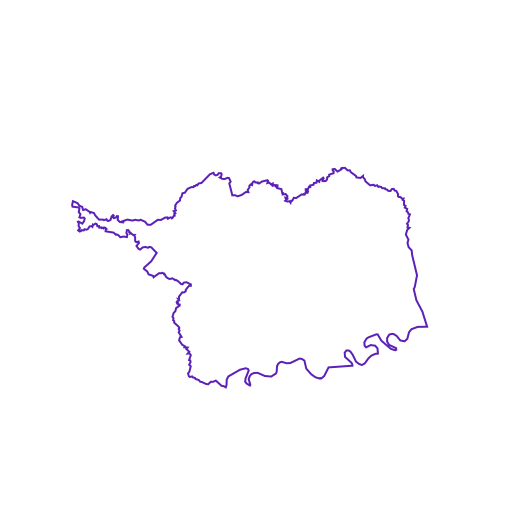 the district of Zarzal, Valle del Cauca, Colombia, rotated 217°
{"feature_id": "7082276B55716898367144", "entity_name": "Zarzal", "entity_type": "district", "adm_level": 2, "iso_a3": "COL", "parent_name": "Colombia", "parent_adm1": "Valle del Cauca", "projection": "orthographic", "projection_center": [-75.989, 4.355], "detail": "fine", "context": "isolated", "style": "outline", "palette": "violet", "viewbox_px": 512, "rotation_deg": 217, "n_neighbors": 0, "source": "geoboundaries", "source_scale": "gbopen_adm2", "svg_char_len": 6149}
<svg xmlns="http://www.w3.org/2000/svg" viewBox="0 0 512 512"><g transform="rotate(217 256 256)"><path d="M413.4,169.4L411.6,169.5L411.8,170.4L410.8,170.7L410.9,171.6L408.9,172.8L409.1,174.1L407.1,175.1L406.5,176.4L406.7,179.5L405.3,180.8L404.2,180.8L405.2,182.9L404.5,183.0L403.6,185.4L402.3,185.6L400.6,184.3L399.4,185.4L398.2,184.3L397.1,185.6L396.1,185.3L395.4,186.4L394.4,186.3L394.4,187.4L393.2,187.8L391.8,187.6L392.1,187.1L391.0,185.2L383.8,189.0L380.6,188.7L380.3,189.4L378.3,189.8L375.7,189.3L373.4,191.9L370.5,193.4L371.6,195.7L373.2,196.2L374.7,198.9L373.7,199.8L371.7,199.3L371.4,198.6L370.3,199.0L370.0,198.3L369.6,198.9L367.1,198.8L365.6,199.8L365.6,199.1L363.7,198.1L361.5,195.2L359.9,195.0L358.5,196.9L357.3,196.0L357.5,192.1L354.1,191.0L352.4,191.4L351.7,194.6L349.7,196.7L347.2,197.6L346.7,199.1L344.8,199.9L337.2,198.7L336.5,188.8L338.3,179.6L337.9,178.3L333.6,178.2L330.7,176.7L326.2,178.2L325.0,177.4L323.0,184.0L321.3,185.1L321.0,186.0L318.8,186.7L318.3,186.0L317.5,186.4L315.4,185.2L313.2,185.2L311.2,185.6L309.2,187.9L306.1,188.0L305.7,188.7L302.9,189.0L298.9,188.5L297.6,189.2L297.7,191.1L295.8,193.2L290.9,194.1L290.1,192.9L291.5,191.9L291.7,190.0L291.7,186.6L290.9,185.5L291.7,183.4L293.0,182.7L293.1,177.3L291.5,175.1L292.2,174.8L290.7,174.3L291.7,172.2L290.7,171.8L291.1,171.0L290.4,170.7L290.2,171.5L289.0,170.5L287.7,171.3L287.1,170.4L288.5,166.4L287.2,163.4L287.5,161.0L286.1,157.2L284.4,156.6L283.6,154.9L282.2,154.8L281.1,153.5L275.2,153.0L273.9,152.4L273.8,151.1L272.2,150.5L271.8,148.5L266.8,146.6L267.8,145.3L266.7,142.4L261.5,140.7L258.4,141.1L258.2,140.0L255.5,141.7L255.6,139.8L251.7,139.4L251.8,137.0L250.5,138.2L248.4,137.6L246.8,132.6L245.6,133.0L244.5,132.0L243.9,128.9L241.8,128.7L239.6,123.6L239.6,121.3L237.3,119.6L236.2,119.5L234.5,121.4L233.5,121.0L231.5,121.9L230.3,121.4L227.1,122.5L224.9,122.0L223.4,122.8L219.3,123.6L217.0,124.7L216.4,128.4L214.7,129.5L213.1,132.3L205.3,131.6L203.6,132.6L201.1,132.9L201.9,135.2L205.0,139.7L205.6,143.2L200.3,155.6L196.6,160.2L194.2,160.9L192.9,160.1L190.6,151.8L188.9,149.0L186.6,148.5L182.9,148.9L183.2,149.9L187.6,153.1L188.7,156.1L188.6,158.9L187.0,161.6L184.3,163.7L176.7,165.5L171.3,168.9L169.3,174.3L170.0,176.3L172.9,180.7L173.4,183.3L172.9,185.4L171.9,186.9L167.0,188.8L164.2,191.1L159.5,200.3L157.4,201.4L154.4,201.6L148.1,196.3L140.8,194.8L135.6,194.9L131.2,196.5L131.3,197.2L130.1,197.6L129.3,201.3L131.0,210.7L113.0,226.4L114.1,227.6L115.7,228.2L124.2,229.0L127.0,232.2L126.9,235.0L125.3,236.2L123.2,236.5L119.5,235.4L112.5,231.8L108.9,231.8L105.9,232.6L104.5,235.6L104.6,242.2L103.9,245.9L101.7,249.8L99.9,251.4L103.3,255.3L106.8,256.1L110.8,253.9L113.1,249.3L115.1,249.6L117.5,252.2L118.0,256.6L117.2,258.8L112.7,265.9L111.6,266.6L104.9,263.8L92.5,263.0L88.2,264.4L87.6,265.5L88.6,266.7L96.2,265.1L99.8,266.6L101.9,269.4L102.3,273.4L100.5,275.7L99.1,276.5L95.5,276.8L90.0,275.4L86.0,277.3L85.3,280.9L87.9,287.2L87.8,291.1L84.2,296.7L76.8,302.5L89.6,311.7L101.3,317.2L110.1,324.5L110.6,326.9L115.8,337.5L131.6,350.5L135.1,354.2L139.4,354.9L142.8,357.5L144.1,360.8L149.2,363.3L150.9,367.7L150.4,370.8L152.2,370.0L153.3,372.3L154.8,372.6L154.8,375.1L155.5,376.8L157.1,377.9L158.1,381.9L159.7,381.4L161.1,382.4L162.7,382.4L163.6,384.6L166.3,384.2L166.7,386.0L168.6,385.9L170.9,389.2L172.6,389.1L172.8,390.6L173.9,389.7L176.1,390.0L177.7,389.0L178.9,389.4L179.6,390.8L183.1,392.4L184.8,391.7L186.4,392.5L187.8,391.3L187.7,388.9L189.6,387.6L191.4,387.9L192.9,387.2L193.6,387.7L196.2,386.1L197.5,386.5L199.2,385.8L199.8,384.8L201.8,385.4L203.2,383.5L204.9,383.7L207.4,381.1L213.5,381.5L215.6,382.9L218.0,383.3L218.7,384.3L219.5,381.2L223.1,379.2L224.4,380.1L230.7,380.0L232.7,380.9L234.3,379.5L238.0,379.9L240.4,378.0L240.7,377.2L239.9,376.7L241.7,372.5L245.5,372.9L247.0,371.4L246.3,370.5L244.8,370.3L243.9,368.8L246.5,365.0L245.6,363.8L246.5,361.7L245.3,359.8L245.5,357.8L247.9,355.9L248.6,356.9L248.7,358.7L249.5,359.0L250.8,354.3L250.2,353.3L252.9,353.0L251.8,350.9L253.7,349.1L252.9,347.6L255.2,344.9L254.2,343.7L255.4,343.1L254.7,340.9L256.5,339.2L255.6,338.2L255.0,339.1L253.8,339.1L254.2,337.5L253.1,338.2L252.9,337.5L254.3,336.1L254.1,334.3L255.3,334.0L255.3,333.3L256.6,332.7L258.8,326.4L260.8,325.3L260.3,321.9L261.2,321.3L260.4,319.3L262.2,319.9L263.7,318.4L265.9,317.7L265.4,320.2L266.7,319.7L267.7,320.3L266.1,321.2L266.9,322.7L269.7,323.3L271.6,321.3L272.2,322.4L272.7,321.9L276.0,324.7L279.8,323.0L281.4,325.4L282.6,324.7L281.8,323.4L284.2,323.7L284.8,322.1L285.5,322.1L286.3,323.9L287.3,322.2L289.7,322.6L290.8,321.1L291.7,323.3L292.5,323.4L296.1,319.0L297.2,315.7L298.4,315.2L298.9,315.8L300.8,314.3L302.2,314.7L302.9,313.7L302.8,311.0L302.2,311.1L301.8,310.2L303.4,309.8L303.5,307.9L302.5,306.9L302.4,303.7L300.5,302.4L302.6,301.0L304.1,296.3L306.5,292.7L309.4,291.9L311.4,290.2L321.0,297.9L321.0,300.1L324.4,302.0L325.9,301.2L327.5,298.4L329.5,297.3L332.2,296.9L331.7,298.4L332.7,300.7L333.7,301.1L335.6,299.7L335.5,297.8L336.6,296.2L338.4,295.9L340.0,296.9L342.0,293.5L343.5,281.5L345.5,279.3L345.4,277.2L346.5,276.8L346.5,275.5L347.6,274.6L347.3,273.4L349.0,272.2L351.1,268.4L350.9,263.8L352.5,261.8L351.1,258.4L351.4,256.7L350.1,254.6L351.2,250.8L350.9,247.5L350.0,247.1L349.4,245.3L347.4,244.2L348.7,242.3L346.1,241.6L346.6,240.3L345.2,239.3L345.8,238.4L345.6,236.0L345.8,235.5L346.5,235.9L347.6,235.3L348.8,232.7L349.7,233.0L349.3,234.1L351.7,232.0L353.6,227.6L356.2,225.8L358.9,217.5L361.5,215.7L365.2,216.6L370.0,215.5L370.9,213.9L374.4,212.1L375.9,210.0L380.7,207.6L382.9,204.4L382.5,203.9L383.6,203.1L382.8,202.6L385.2,201.2L388.2,201.6L390.1,204.7L391.1,204.2L391.0,202.5L392.4,200.6L393.5,200.9L394.0,202.7L394.8,202.7L395.1,200.7L393.9,197.2L394.8,195.4L395.7,194.7L397.5,195.4L399.0,193.1L400.1,193.0L403.2,190.6L409.0,191.7L411.2,192.8L414.3,191.7L414.4,190.6L415.4,191.1L420.1,190.9L421.7,188.7L424.4,190.6L427.2,189.9L430.4,190.8L435.2,189.6L433.5,186.0L432.2,185.0L426.9,188.0L425.7,187.8L423.9,184.3L421.4,183.8L420.3,180.6L419.0,180.9L416.6,183.1L415.4,182.9L414.3,180.4L414.2,177.3L418.3,176.8L418.8,176.2L417.2,175.4L415.7,173.2L413.4,172.3L413.4,169.4Z" fill="none" stroke="#5b21b6" stroke-width="2"/></g></svg>